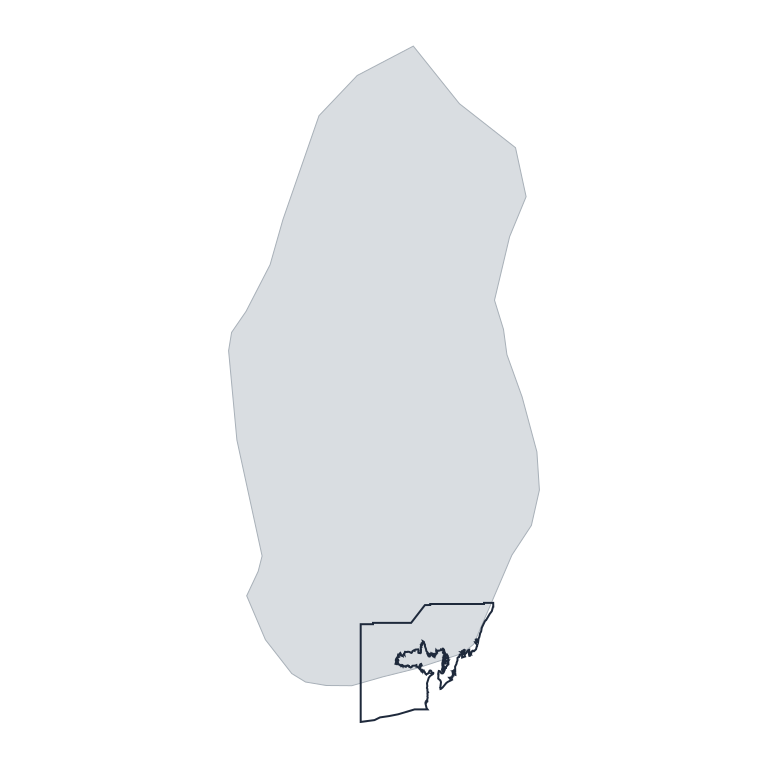 98, Ar Rayyān, Qatar (highlighted)
{"feature_id": "91078587B41884610793448", "entity_name": "98", "entity_type": "district", "adm_level": 2, "iso_a3": "QAT", "parent_name": "Qatar", "parent_adm1": "Ar Rayyān", "projection": "mercator", "projection_center": [51.33, 24.623], "detail": "fine", "context": "in_parent", "style": "outline", "palette": "slate", "viewbox_px": 768, "rotation_deg": 0, "n_neighbors": 0, "source": "geoboundaries", "source_scale": "gbopen_adm2", "svg_char_len": 6560}
<svg xmlns="http://www.w3.org/2000/svg" viewBox="0 0 768 768"><path d="M415.4,668.7L382.6,676.9L351.8,685.7L326.2,685.5L305.5,682.0L291.8,673.6L265.4,639.7L246.7,595.8L258.2,571.3L262.1,556.0L236.9,440.0L228.6,350.7L231.6,332.4L246.1,311.3L270.1,264.7L282.9,219.7L319.0,115.7L357.2,75.5L413.3,46.1L459.4,103.7L515.5,147.7L526.1,196.7L509.6,236.7L494.5,300.2L503.5,329.4L506.9,354.6L522.1,396.9L536.9,451.9L539.4,490.0L531.4,525.4L511.9,555.1L473.6,644.3L462.1,653.5L415.4,668.7Z" fill="#d9dde1" stroke="#a8b0b8" stroke-width="1"/><path d="M360.7,721.9L374.5,720.1L380.0,717.4L388.9,716.1L398.1,714.3L414.6,709.4L427.5,709.4L426.6,708.2L425.5,703.7L425.5,702.8L425.9,702.9L425.9,701.8L425.9,702.5L426.6,702.3L426.6,701.7L426.1,701.7L426.1,701.4L426.7,701.5L426.8,700.9L427.3,701.0L427.2,699.6L427.7,697.6L427.4,696.5L427.6,695.3L427.4,693.0L428.1,692.3L427.4,691.2L427.4,689.0L426.9,688.0L427.3,686.2L427.0,683.3L428.8,677.7L430.2,675.9L433.0,674.0L433.3,673.5L433.2,671.9L433.1,673.5L432.6,674.1L432.1,674.1L431.7,673.3L431.2,673.2L431.8,672.7L431.3,671.1L430.6,670.5L430.0,670.5L429.6,670.7L428.8,672.6L427.8,673.7L426.6,674.0L426.3,674.5L425.4,673.7L424.7,672.0L424.3,671.9L423.4,669.7L423.3,670.7L422.9,670.8L422.7,671.5L422.1,670.0L421.7,670.2L421.6,671.6L421.4,671.5L420.7,669.4L420.4,669.7L420.0,669.4L419.8,668.6L420.1,666.8L420.6,666.6L420.7,665.5L421.5,665.6L422.0,666.1L421.1,663.9L420.5,664.1L419.7,665.3L418.9,668.0L418.4,667.3L417.8,667.2L416.9,666.6L416.5,666.7L416.5,665.7L416.4,665.1L415.3,665.6L412.4,665.8L411.6,667.1L410.6,667.1L410.5,667.4L409.0,666.7L409.0,666.0L407.5,665.8L407.5,665.5L407.2,665.6L407.3,665.9L406.1,665.9L405.8,666.8L404.2,666.2L403.7,666.4L403.2,666.1L403.3,665.7L402.9,665.6L402.8,666.0L402.3,665.0L401.9,664.9L401.7,665.1L402.0,665.9L401.2,666.2L401.0,665.6L400.4,665.5L400.1,664.9L399.4,664.9L399.1,664.4L398.4,664.1L398.1,663.1L397.7,663.4L396.7,663.3L397.0,663.9L396.9,664.2L396.3,664.1L396.3,663.4L395.6,663.5L396.3,661.2L397.1,661.1L397.2,661.5L397.5,661.5L398.0,661.0L397.4,660.5L398.3,660.3L398.2,659.9L396.9,660.4L396.8,659.9L396.4,660.1L396.0,661.2L395.8,660.8L395.9,659.7L396.3,659.5L396.3,658.6L397.2,658.3L397.1,657.5L398.2,657.2L398.4,656.5L398.8,656.6L398.5,655.8L398.0,655.6L398.2,654.5L399.4,654.6L399.8,653.5L400.3,653.0L400.8,653.9L400.8,655.5L401.8,655.8L401.8,655.5L402.7,656.0L402.4,654.6L402.8,655.1L404.1,654.4L404.3,654.6L404.1,653.6L404.4,653.4L404.8,652.5L405.6,652.1L405.5,651.9L407.2,652.0L407.9,651.7L409.7,652.0L410.5,652.6L411.5,652.9L412.0,652.4L412.4,651.3L413.7,650.4L414.6,650.8L414.7,650.1L415.3,649.6L418.3,649.4L418.7,650.4L418.3,651.7L418.4,652.8L418.7,652.9L418.8,652.6L420.1,653.1L420.7,652.1L420.9,652.2L421.0,649.3L420.7,648.2L420.8,646.2L421.6,648.1L420.9,645.1L421.6,645.1L421.7,645.5L421.9,645.3L421.9,644.6L422.2,644.5L422.1,644.1L421.5,644.3L421.5,643.4L422.0,643.0L422.7,643.0L422.7,642.6L423.1,642.4L422.8,641.2L423.8,641.8L424.6,644.5L424.9,644.6L425.0,646.4L426.0,649.1L426.3,650.9L427.4,652.3L427.2,653.4L428.2,655.5L428.7,655.2L428.9,656.0L429.3,656.1L429.3,657.4L429.5,656.3L429.9,656.2L430.0,655.6L429.4,654.0L430.4,654.6L431.0,653.4L431.4,654.0L431.9,654.0L431.8,655.1L432.9,656.1L433.0,655.4L432.5,654.6L432.6,653.7L432.8,653.8L433.2,654.1L433.4,655.2L434.6,656.7L434.9,655.4L435.1,655.8L435.3,655.6L434.9,654.3L435.5,654.5L436.0,654.1L435.9,653.8L436.3,653.8L436.3,653.2L437.0,652.9L436.1,651.0L436.2,650.2L437.2,651.6L437.3,651.2L437.6,651.3L437.8,651.1L437.5,651.1L437.5,650.6L439.7,650.6L440.6,650.0L441.0,650.1L441.1,649.4L442.7,650.0L442.8,648.7L443.1,648.7L444.0,649.7L444.2,650.5L444.2,651.1L443.3,651.3L442.9,652.7L443.3,653.2L444.2,652.4L444.4,652.9L444.9,652.7L445.1,653.3L444.8,654.0L445.0,654.1L444.6,654.7L445.9,654.8L445.9,655.1L446.3,655.1L446.3,654.7L446.8,654.4L447.8,655.9L448.0,657.3L447.6,658.1L447.9,658.8L448.3,658.6L448.2,659.8L447.9,660.8L447.5,660.9L447.4,661.9L448.2,661.4L447.8,662.2L448.3,661.9L448.4,663.8L448.4,664.1L447.9,664.1L447.9,664.8L447.5,665.2L446.8,665.5L446.7,666.3L446.0,666.8L446.0,668.0L445.1,668.3L444.7,669.9L443.0,670.5L443.0,669.2L443.7,668.0L443.5,667.6L443.9,667.7L444.0,666.4L443.6,665.6L442.8,666.1L442.3,668.9L442.0,669.2L442.1,670.2L442.5,671.2L442.9,671.3L443.2,670.9L444.3,670.8L443.9,671.9L443.5,672.0L443.4,672.7L442.7,673.4L441.4,673.3L439.9,671.2L438.9,671.0L438.9,671.8L438.4,672.2L438.5,674.1L438.5,674.4L438.2,674.4L438.4,675.7L438.2,678.6L440.3,680.4L441.0,682.1L440.4,687.0L440.1,687.9L439.6,688.4L440.2,688.0L440.3,687.5L440.5,689.0L440.9,688.9L442.6,687.5L446.2,683.1L447.6,682.0L452.1,679.7L451.6,678.5L450.7,678.3L450.5,679.4L449.3,677.8L450.1,677.8L450.4,677.5L451.5,677.8L451.5,677.4L452.3,677.3L452.2,676.3L452.5,675.6L453.3,675.7L453.3,674.9L453.9,674.3L455.4,674.8L455.3,673.7L454.4,673.7L454.0,673.1L453.1,673.0L453.2,674.0L452.9,673.9L452.7,672.7L453.0,672.9L453.8,672.4L454.3,672.8L454.8,672.7L454.6,672.0L453.8,671.1L453.2,670.9L454.2,670.6L454.1,671.0L454.4,671.1L454.4,670.4L455.2,670.8L455.1,666.6L456.5,663.8L456.7,662.4L457.5,660.4L457.5,657.9L458.5,657.0L459.0,657.0L459.1,656.2L459.9,655.8L459.8,654.6L461.8,654.0L462.0,653.0L461.0,652.2L461.7,652.2L462.0,651.1L463.5,651.1L463.5,650.5L462.6,649.9L463.8,650.4L464.5,650.4L464.6,650.0L464.8,650.1L464.5,651.9L464.3,652.3L464.1,652.0L463.8,652.2L463.8,653.2L463.3,654.1L462.6,654.3L462.1,655.2L462.1,657.5L465.1,656.5L464.5,654.9L465.1,654.2L465.2,653.5L466.0,653.3L466.4,652.8L467.6,650.5L468.4,650.5L468.7,650.0L469.2,649.8L469.2,650.8L468.6,650.8L468.8,652.6L469.3,651.7L469.6,651.9L469.6,652.5L468.9,653.0L469.1,654.1L469.6,653.2L469.7,653.8L470.2,653.8L470.6,654.3L469.9,654.2L469.7,655.8L470.2,655.7L470.6,655.2L471.8,651.4L472.7,650.7L473.5,650.8L473.2,651.2L474.0,651.2L476.0,649.3L476.9,646.0L477.1,646.0L477.3,644.7L475.6,643.2L475.2,642.4L476.4,642.6L476.4,641.5L475.8,639.6L476.7,639.3L477.3,639.8L478.2,639.5L477.9,641.7L478.1,642.0L478.6,638.5L479.3,637.2L480.2,633.1L481.1,631.6L481.8,627.7L484.9,621.2L485.8,620.1L486.1,620.1L489.8,613.8L491.8,611.2L493.1,606.5L493.3,606.5L493.2,602.9L484.0,602.9L484.0,604.0L430.2,604.0L430.2,605.0L424.9,605.1L411.1,622.9L373.0,622.9L373.0,624.2L360.7,624.2L360.7,721.9ZM445.7,655.8L444.9,655.0L444.3,656.1L443.5,656.4L443.7,657.1L443.5,657.3L443.3,657.8L443.3,660.2L443.0,660.2L442.3,663.3L442.4,665.5L443.0,665.6L443.0,664.7L443.5,662.4L444.1,662.4L444.1,663.2L444.6,663.6L445.0,663.5L445.0,662.2L444.5,661.7L444.3,660.0L443.8,659.0L444.3,659.2L445.1,661.2L445.6,661.3L445.8,660.5L445.4,657.8L446.0,657.9L445.7,655.8Z" fill="none" stroke="#1e293b" stroke-width="2"/></svg>